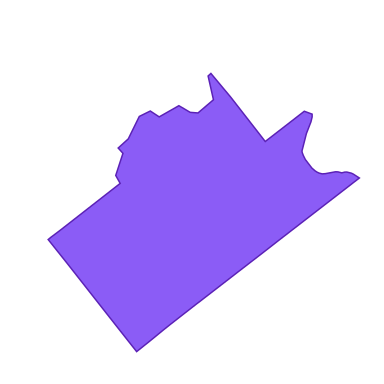 the district of DeSoto, Mississippi, United States of America, rotated 142°
{"feature_id": "52423323B17373882514078", "entity_name": "DeSoto", "entity_type": "district", "adm_level": 2, "iso_a3": "USA", "parent_name": "United States of America", "parent_adm1": "Mississippi", "projection": "equal_earth", "projection_center": [-90.082, 34.852], "detail": "fine", "context": "isolated", "style": "filled", "palette": "violet", "viewbox_px": 384, "rotation_deg": 142, "n_neighbors": 0, "source": "geoboundaries", "source_scale": "gbopen_adm2", "svg_char_len": 844}
<svg xmlns="http://www.w3.org/2000/svg" viewBox="0 0 384 384"><g transform="rotate(142 192 192)"><path d="M104.1,273.8L107.9,273.5L118.3,251.5L138.6,250.6L144.4,255.9L149.2,268.1L171.6,271.4L175.0,281.5L187.0,284.0L209.5,273.1L223.1,272.1L222.6,265.0L241.9,252.0L243.3,243.0L320.2,243.0L331.0,243.2L334.6,243.1L334.3,213.0L334.1,143.6L333.9,100.3L325.5,100.4L316.9,100.5L299.7,100.9L291.1,101.0L274.0,101.0L257.2,101.0L252.3,100.9L248.4,100.9L205.7,100.7L188.8,100.6L171.5,100.5L154.3,100.5L51.5,100.0L53.9,106.9L54.8,108.7L57.7,112.4L59.3,113.6L62.2,114.9L64.6,118.0L66.5,119.6L75.5,124.3L78.2,126.1L80.1,128.5L81.2,130.6L82.0,132.9L82.8,137.2L82.7,147.8L81.8,152.2L80.9,155.1L80.1,156.6L65.9,167.6L55.0,174.1L51.1,177.2L49.4,179.4L53.8,186.5L103.2,186.7L103.1,243.0L104.1,273.8Z" fill="#8b5cf6" stroke="#5b21b6" stroke-width="1.5"/></g></svg>